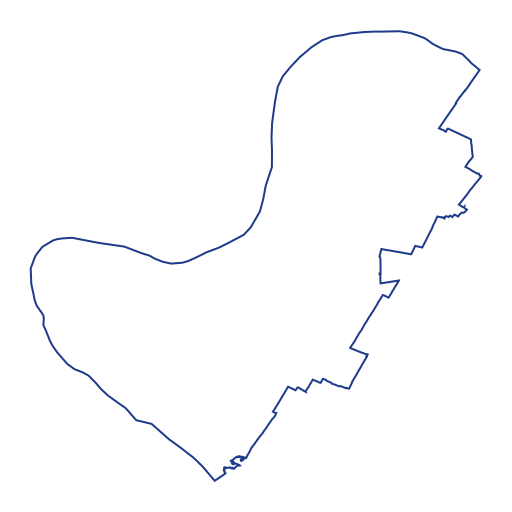 Burila Mare, Mehedinti, Romania
{"feature_id": "2599482B63119685447246", "entity_name": "Burila Mare", "entity_type": "district", "adm_level": 2, "iso_a3": "ROU", "parent_name": "Romania", "parent_adm1": "Mehedinti", "projection": "robinson", "projection_center": [22.586, 44.474], "detail": "fine", "context": "isolated", "style": "outline", "palette": "blue", "viewbox_px": 512, "rotation_deg": 0, "n_neighbors": 0, "source": "geoboundaries", "source_scale": "gbopen_adm2", "svg_char_len": 5967}
<svg xmlns="http://www.w3.org/2000/svg" viewBox="0 0 512 512"><path d="M345.8,388.2L346.2,387.8L346.5,387.8L347.8,388.4L348.1,388.4L349.0,388.7L349.3,388.2L350.0,386.9L351.4,383.9L352.1,382.3L352.2,382.1L352.1,381.9L357.2,373.4L358.4,371.1L361.4,366.0L361.7,365.3L363.5,362.3L364.7,360.2L365.2,359.6L366.9,356.5L366.4,356.2L367.7,354.4L367.4,354.3L366.5,354.2L365.3,353.9L358.2,351.3L350.2,348.0L350.8,346.8L351.5,345.8L354.7,341.1L355.6,339.5L356.1,338.4L357.6,336.0L358.6,334.2L360.2,331.8L361.6,329.9L362.0,329.2L362.4,328.3L363.8,325.9L364.8,324.0L365.8,322.6L366.6,321.5L367.9,319.0L368.2,318.7L368.8,317.5L369.7,316.2L370.0,315.8L370.7,314.9L371.0,314.3L371.1,313.9L373.2,311.0L373.5,310.5L373.7,309.9L374.4,309.0L374.9,308.1L375.2,307.5L375.6,306.9L376.0,306.3L377.4,304.0L378.0,302.7L378.3,301.8L379.0,301.1L382.8,295.0L383.0,295.0L384.0,295.4L388.4,297.6L388.6,297.6L388.8,297.2L391.5,293.0L392.6,290.8L393.2,290.1L394.0,288.7L394.4,287.9L395.2,286.5L396.1,285.3L396.2,285.1L396.8,284.1L397.4,283.1L397.5,282.8L398.8,280.8L398.9,280.5L380.6,283.4L380.5,282.6L380.4,281.0L380.3,274.2L379.6,274.2L379.6,273.4L380.3,273.4L380.2,273.2L380.5,273.0L380.5,272.1L380.6,267.3L380.5,265.9L380.5,262.5L380.4,259.4L380.3,258.0L380.2,257.3L379.9,257.0L379.5,256.8L379.4,256.6L380.3,253.4L381.4,249.0L384.8,249.7L391.6,250.8L394.3,251.3L399.2,252.1L411.2,254.3L413.1,250.4L415.2,245.9L422.3,247.5L426.2,239.8L427.6,237.0L429.1,234.1L430.0,232.2L431.5,229.5L432.3,227.8L432.3,227.2L435.6,220.4L437.3,216.5L438.5,216.7L440.6,217.3L441.3,217.0L444.4,218.5L444.5,217.7L444.2,217.3L444.3,217.2L444.9,217.4L445.3,216.7L445.9,216.6L446.3,216.1L447.3,216.6L448.3,216.8L448.7,217.0L450.0,215.6L452.4,217.0L453.5,215.6L454.6,214.6L458.1,216.5L459.0,215.2L461.5,212.7L463.7,212.8L464.7,211.8L465.4,211.6L466.1,210.7L466.9,209.7L465.3,208.7L464.7,208.0L464.4,207.8L464.1,207.3L464.2,206.8L463.6,207.4L462.6,207.0L458.9,204.6L460.0,203.3L466.0,195.8L467.1,194.4L468.7,192.1L469.5,191.1L469.9,190.3L470.8,189.4L471.7,188.3L476.0,182.9L478.3,180.3L480.0,178.0L480.7,177.3L481.3,176.2L480.4,175.8L479.5,175.5L479.5,174.8L478.9,173.7L478.6,173.5L477.7,173.5L477.2,173.6L476.5,173.3L475.5,172.6L472.7,171.1L469.1,168.8L465.4,166.8L466.2,165.6L469.4,160.9L469.9,160.5L472.7,157.0L472.8,156.2L472.4,154.2L471.9,148.8L471.7,146.0L471.2,143.1L471.0,139.7L470.8,139.4L468.6,138.2L461.2,134.8L458.5,133.4L456.8,132.7L453.3,131.1L448.0,128.6L447.7,128.6L447.4,128.9L446.6,130.3L446.1,131.5L445.9,131.7L444.6,131.1L444.4,130.6L442.8,130.0L439.0,128.3L441.2,125.0L445.8,118.3L451.0,110.8L455.6,104.2L456.0,103.6L455.7,103.4L455.7,103.2L456.1,102.5L459.8,96.9L460.1,96.8L464.8,90.6L465.0,90.8L470.0,84.0L469.9,83.9L470.2,83.4L479.6,70.0L473.7,65.1L471.4,63.2L468.1,59.7L462.2,54.0L455.8,51.6L446.0,49.6L443.7,49.3L440.5,47.9L432.7,43.9L427.9,40.3L424.7,38.2L417.7,35.5L411.5,33.3L406.8,32.3L402.6,31.7L398.8,31.2L397.4,31.3L382.0,31.6L373.9,31.6L364.6,32.0L350.4,33.4L343.0,35.1L336.8,35.9L330.9,37.1L322.3,40.2L311.7,47.1L300.0,56.9L291.0,66.4L282.8,76.3L277.8,86.7L275.0,101.6L272.1,123.1L271.5,137.4L272.0,151.0L271.9,167.2L268.4,177.6L265.7,185.8L263.3,198.8L259.9,211.5L250.7,227.4L243.8,234.8L229.6,242.3L218.8,247.7L206.3,252.4L197.1,257.0L188.3,261.0L182.4,262.7L171.3,263.6L162.8,261.8L154.9,258.7L149.4,255.6L141.6,253.2L124.3,246.6L99.3,243.0L72.2,237.8L62.2,238.4L56.7,239.3L53.1,240.4L42.3,246.9L35.5,255.7L33.9,259.8L30.7,268.3L31.3,284.0L33.2,292.6L34.6,299.8L36.8,305.9L42.0,313.2L43.3,315.5L43.8,318.0L43.4,325.1L45.3,329.2L49.9,340.7L52.6,345.8L56.9,352.0L67.3,364.0L74.4,369.1L82.5,372.3L88.7,375.7L95.5,382.6L100.9,388.9L107.8,395.4L117.3,402.3L125.4,407.9L128.8,411.6L132.7,416.2L136.3,420.2L151.6,423.9L169.2,439.4L181.0,448.0L193.0,457.3L197.4,461.4L202.9,466.9L214.7,480.8L223.4,474.9L225.5,473.3L224.4,471.8L224.7,471.2L224.4,470.7L224.2,470.1L224.1,470.3L223.8,470.3L223.8,470.0L224.2,469.7L224.2,469.3L224.6,469.0L224.1,468.5L224.2,468.0L224.1,467.6L224.8,467.2L225.2,467.4L225.8,468.3L226.8,467.7L227.7,467.5L228.1,467.7L228.7,467.7L228.7,467.9L228.9,467.9L230.1,467.3L230.5,467.5L231.2,468.3L232.3,467.8L233.0,468.7L233.3,468.6L233.8,468.6L234.2,468.7L234.3,468.6L234.2,468.3L234.4,468.2L234.8,467.9L234.9,467.7L235.3,467.2L238.3,465.2L238.6,465.3L238.6,465.6L239.2,465.6L239.5,465.4L239.8,465.4L239.5,465.0L236.4,463.9L235.3,463.3L234.8,463.3L234.7,463.6L234.5,463.8L234.0,463.9L233.9,464.1L233.1,464.3L232.1,463.7L231.9,463.3L232.3,463.2L232.2,462.9L232.4,462.5L233.1,462.6L233.6,462.1L233.1,461.6L232.4,461.1L231.7,461.1L230.9,460.9L231.1,460.6L231.7,460.4L232.6,460.0L234.3,458.5L235.8,457.5L236.6,456.8L236.9,456.8L237.4,457.3L237.9,457.1L238.1,456.7L238.7,456.1L239.3,456.3L239.0,456.8L240.1,457.3L240.7,456.9L241.0,456.6L242.8,456.9L243.0,457.0L243.0,457.4L241.9,458.8L241.0,459.5L240.7,460.1L240.9,460.8L241.4,460.9L242.0,460.7L242.8,460.1L243.9,459.1L244.7,458.1L244.7,457.7L244.8,457.5L245.8,457.7L246.2,458.0L246.3,457.9L246.3,457.6L247.5,455.2L248.8,453.1L249.0,452.6L249.4,451.9L249.6,451.5L249.9,451.1L251.0,448.7L251.3,448.1L252.4,446.6L252.4,446.4L254.2,444.4L255.8,442.0L256.8,440.7L257.2,439.9L258.0,439.0L259.7,436.6L261.7,434.2L262.5,433.4L263.9,431.0L266.7,427.3L267.1,426.5L267.7,425.6L270.1,422.2L270.5,421.6L272.2,419.1L273.8,417.5L274.8,416.1L275.4,415.2L275.7,414.7L275.8,414.2L275.9,413.9L275.9,413.3L276.1,413.0L275.5,412.9L275.0,412.8L273.6,412.1L273.3,412.0L272.9,411.7L277.2,405.0L288.1,386.7L293.0,389.0L295.4,390.3L295.9,389.9L297.2,387.8L297.5,387.6L297.8,387.4L298.1,387.4L302.2,389.8L303.4,390.6L305.8,391.9L305.7,391.4L305.8,391.1L306.1,390.5L306.4,390.1L306.9,389.3L308.7,386.8L309.5,385.1L311.6,381.7L312.7,379.7L315.4,380.7L317.1,381.4L318.6,382.2L320.3,382.9L320.5,382.9L320.8,382.6L322.8,378.9L326.0,379.8L326.3,380.4L326.7,380.8L330.9,382.6L331.2,382.8L331.5,383.1L331.6,383.5L331.9,383.5L333.2,384.2L333.8,384.2L339.1,386.3L339.8,386.4L340.3,386.0L340.7,386.1L345.8,388.2Z" fill="none" stroke="#1e3a8a" stroke-width="2"/></svg>